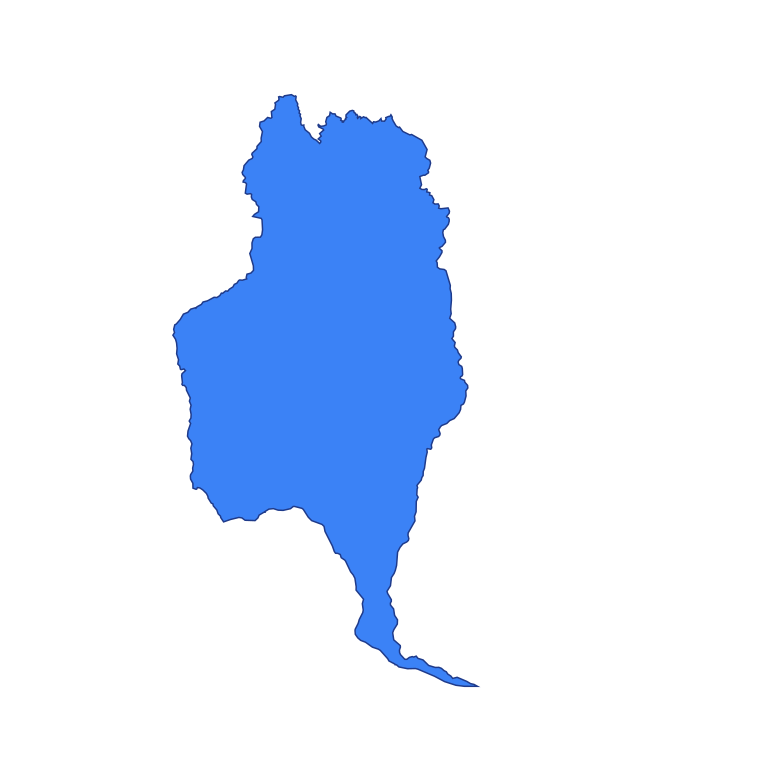 Herveo, Tolima, Colombia, rotated 308°
{"feature_id": "7082276B3940342655765", "entity_name": "Herveo", "entity_type": "district", "adm_level": 2, "iso_a3": "COL", "parent_name": "Colombia", "parent_adm1": "Tolima", "projection": "albers", "projection_center": [-75.226, 5.036], "detail": "fine", "context": "isolated", "style": "filled", "palette": "blue", "viewbox_px": 768, "rotation_deg": 308, "n_neighbors": 0, "source": "geoboundaries", "source_scale": "gbopen_adm2", "svg_char_len": 6171}
<svg xmlns="http://www.w3.org/2000/svg" viewBox="0 0 768 768"><g transform="rotate(308 384 384)"><path d="M214.5,370.3L217.7,373.6L219.4,378.2L222.3,382.3L228.2,387.1L231.5,387.8L232.5,389.0L235.5,395.9L235.5,397.6L232.4,406.4L231.8,411.1L235.2,421.6L234.9,424.4L231.5,428.3L224.6,443.0L221.4,448.0L220.8,450.0L222.1,451.9L222.7,454.5L220.8,457.2L221.1,461.5L220.7,462.9L215.5,473.3L214.6,477.2L213.0,480.7L207.1,486.9L204.4,488.9L201.8,500.4L197.5,502.2L193.1,506.8L190.8,508.0L183.2,509.5L179.5,511.0L173.0,512.3L171.7,513.1L169.1,515.5L167.8,519.7L167.6,523.4L169.1,528.3L169.5,536.9L171.6,542.9L171.8,545.2L169.8,556.1L168.8,558.4L170.0,565.0L169.6,565.5L170.4,566.7L170.2,569.9L174.1,577.8L179.1,583.9L180.1,586.1L184.8,603.7L186.8,615.0L190.9,626.2L195.3,633.5L203.3,643.8L202.7,639.9L201.2,636.7L200.6,632.3L197.9,622.2L194.3,619.4L195.0,616.5L194.7,612.7L195.6,610.3L195.1,607.9L195.3,604.3L194.5,601.7L192.2,598.9L189.7,592.5L190.6,584.6L188.7,579.7L189.4,576.9L187.1,575.5L186.6,574.1L184.2,572.3L181.1,571.5L179.9,569.9L180.0,569.0L180.9,563.6L181.9,561.7L183.8,560.0L186.8,558.9L187.9,557.8L188.4,549.2L193.3,544.0L196.4,543.0L203.0,542.3L206.5,539.8L208.2,534.8L212.7,530.0L213.8,525.2L215.3,523.9L217.2,523.6L218.6,522.5L221.2,515.8L222.5,514.0L229.0,513.3L236.1,509.0L240.9,508.6L244.0,507.7L248.8,505.6L259.9,498.2L265.2,497.2L269.6,497.3L273.6,499.2L275.7,499.5L277.4,498.8L279.6,496.0L281.6,494.7L295.2,492.7L298.6,489.4L303.0,488.0L311.4,481.7L315.8,480.6L316.8,478.1L321.7,474.7L322.9,474.4L324.4,472.4L331.2,472.5L333.6,471.4L335.9,471.2L339.2,468.8L342.5,467.8L351.9,462.3L356.9,460.0L359.1,457.8L359.9,458.1L361.3,460.9L361.9,461.1L363.1,460.9L365.1,458.8L371.1,456.8L372.8,457.0L376.3,459.4L378.3,459.4L379.6,458.6L381.7,455.2L385.1,454.8L386.8,455.0L391.6,457.8L395.6,458.3L400.0,460.6L407.6,460.9L411.1,460.0L414.5,457.8L417.2,458.9L419.3,458.5L425.1,456.0L428.9,452.7L432.5,452.5L434.4,450.7L435.2,446.6L436.4,445.2L435.3,441.3L435.6,440.4L437.0,439.9L438.4,440.5L439.8,440.2L444.5,436.1L445.7,434.4L445.4,431.1L446.9,428.9L448.6,428.4L451.6,428.8L453.0,428.2L454.4,423.2L456.0,420.9L456.5,417.1L457.4,416.0L460.5,414.5L461.6,409.5L464.4,409.3L467.8,406.6L471.6,406.3L473.2,405.3L475.7,402.1L476.2,395.3L480.7,393.7L484.0,390.5L491.6,385.5L496.8,381.2L499.8,377.4L502.5,375.6L511.4,363.1L511.3,360.9L509.0,357.0L508.9,354.2L512.3,351.2L513.1,349.4L518.4,349.4L523.3,348.7L524.7,347.7L525.0,344.2L525.6,343.7L528.2,345.0L533.5,345.2L535.1,343.8L536.8,340.1L539.5,337.1L542.2,335.8L543.4,336.5L549.4,336.4L552.3,335.2L554.0,333.9L554.7,332.3L554.2,331.0L554.5,330.2L558.7,330.2L560.5,329.2L562.2,326.1L557.1,320.9L556.2,318.8L558.3,317.9L559.3,315.9L557.1,313.3L557.0,311.0L560.0,309.8L561.8,305.6L560.9,303.6L563.0,302.4L561.7,299.4L564.0,298.2L563.9,297.1L562.1,296.1L560.6,294.0L560.3,291.7L564.1,290.9L569.5,284.5L572.8,286.5L573.7,287.7L577.7,289.0L578.6,288.6L579.3,287.0L581.9,286.8L586.8,284.7L588.5,282.4L588.0,278.7L588.3,276.6L595.3,273.6L599.4,263.8L597.6,252.1L596.2,251.0L594.6,243.4L596.0,238.1L595.0,237.5L594.8,234.7L597.0,229.1L598.4,226.6L599.4,226.2L600.4,223.7L598.5,223.9L597.7,222.9L595.0,221.4L594.1,222.5L591.4,222.6L589.7,220.2L591.3,218.2L588.2,218.0L585.3,216.2L584.2,214.3L582.3,214.6L583.0,205.7L582.3,205.3L582.0,203.4L579.0,202.3L580.0,201.5L579.9,200.2L577.1,199.6L577.7,198.8L579.0,198.4L579.7,196.7L578.8,196.1L579.8,194.7L579.5,193.4L580.6,192.0L580.1,190.6L577.9,189.0L572.7,188.4L571.2,189.5L571.0,190.5L569.6,190.1L569.1,190.9L567.2,190.4L565.5,190.8L565.0,190.0L564.2,190.0L565.7,189.3L565.1,187.6L566.5,187.1L567.0,186.2L565.6,181.2L566.7,179.1L565.2,177.1L565.0,174.3L562.0,175.9L558.9,174.9L554.8,176.6L553.5,178.5L552.5,178.9L550.2,177.6L548.1,175.5L548.1,172.5L547.4,172.6L546.4,174.3L547.4,178.9L547.0,180.1L541.7,179.1L540.7,181.9L536.6,181.3L536.7,184.4L535.9,185.2L533.9,185.2L534.4,180.3L533.8,177.8L534.0,174.6L535.7,170.9L535.8,165.4L537.6,162.2L538.7,161.4L537.4,160.2L537.3,159.1L538.9,157.2L542.1,155.4L543.6,152.7L545.2,152.1L545.2,150.4L547.3,149.2L547.7,147.2L549.1,146.5L549.9,144.5L551.6,143.6L553.5,139.5L556.4,137.8L556.6,137.0L555.5,136.3L555.0,132.9L549.8,128.1L547.8,127.9L546.3,124.8L545.4,124.2L543.9,125.8L542.7,126.3L538.3,125.0L537.5,126.4L533.3,128.8L529.3,127.5L525.0,131.6L523.7,131.2L522.4,128.2L517.4,127.5L514.0,125.2L510.4,127.3L508.1,132.8L502.1,135.8L499.5,138.0L493.1,137.6L491.2,139.0L484.7,138.0L483.5,138.5L482.2,140.9L480.6,141.3L477.2,139.6L469.9,139.3L466.1,141.4L463.4,141.9L462.1,143.7L461.4,147.6L460.6,148.2L457.7,148.0L456.4,148.6L457.4,150.9L457.0,152.5L449.0,157.2L449.3,159.2L451.8,161.6L451.9,162.9L449.7,164.3L448.3,166.6L448.7,170.8L447.0,173.0L446.6,176.2L442.5,179.1L437.9,177.5L435.2,177.4L438.9,185.2L438.3,186.8L430.7,193.4L426.4,195.9L423.6,196.2L420.4,192.3L418.0,191.6L413.9,193.1L409.5,196.6L404.2,197.9L396.7,208.3L393.2,211.2L389.4,210.8L386.2,208.4L383.2,209.8L382.3,211.1L378.5,208.4L377.2,206.3L376.1,205.8L372.9,206.0L370.3,204.7L367.5,205.2L363.6,203.8L360.9,203.7L359.8,201.9L356.1,201.0L355.5,199.9L352.6,200.2L349.3,199.1L347.7,196.7L340.7,193.6L337.2,190.9L334.3,191.1L329.7,189.1L328.0,189.1L328.2,188.6L324.0,185.6L319.7,185.3L315.6,182.9L309.5,183.7L303.4,183.4L301.8,182.7L297.6,184.6L295.5,187.3L292.5,187.6L290.9,192.2L288.7,195.2L284.7,199.0L280.1,202.0L276.7,207.1L272.8,209.2L272.4,211.9L270.3,214.5L270.4,215.3L272.7,217.1L272.3,219.3L267.8,218.5L266.0,219.4L261.0,224.3L259.4,224.9L259.0,226.2L260.0,227.6L259.4,230.4L257.5,232.2L253.7,240.0L250.7,241.2L248.5,245.0L244.8,246.8L241.2,250.8L238.3,252.8L234.9,253.3L233.9,255.9L226.3,258.5L221.9,261.3L220.7,263.9L220.3,266.5L218.6,269.5L214.5,271.3L210.7,275.4L205.8,278.2L205.3,281.3L203.3,283.4L199.9,285.0L197.7,287.0L193.6,287.4L192.2,288.1L190.0,290.1L188.1,294.5L184.3,297.6L185.3,300.7L185.9,301.1L187.5,300.7L188.7,302.8L189.0,306.2L188.4,311.5L187.1,314.3L185.8,315.7L183.8,321.2L184.2,323.0L182.9,324.5L181.8,329.8L179.6,333.2L179.2,336.5L178.2,337.6L176.6,342.5L182.8,346.5L189.5,351.8L191.0,354.4L191.1,358.4L197.0,366.5L200.8,367.1L203.8,366.3L208.9,368.3L209.8,369.2L210.1,368.7L214.5,370.3Z" fill="#3b82f6" stroke="#1e3a8a" stroke-width="1.5"/></g></svg>